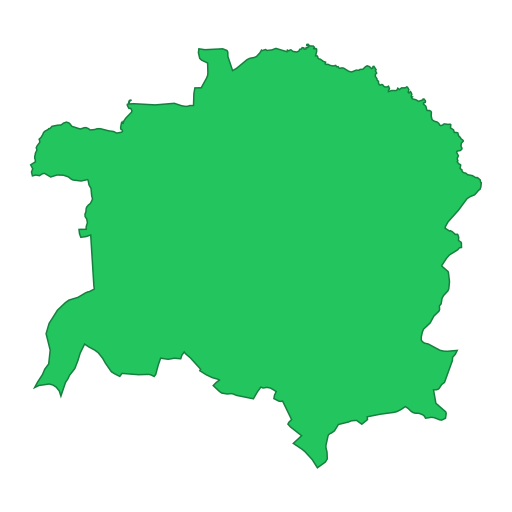 outline of Usiacurí, Atlántico, Colombia
{"feature_id": "7082276B65299122871620", "entity_name": "Usiacurí", "entity_type": "district", "adm_level": 2, "iso_a3": "COL", "parent_name": "Colombia", "parent_adm1": "Atlántico", "projection": "orthographic", "projection_center": [-74.979, 10.736], "detail": "fine", "context": "isolated", "style": "filled", "palette": "green", "viewbox_px": 512, "rotation_deg": 0, "n_neighbors": 0, "source": "geoboundaries", "source_scale": "gbopen_adm2", "svg_char_len": 5885}
<svg xmlns="http://www.w3.org/2000/svg" viewBox="0 0 512 512"><path d="M261.5,50.1L259.9,52.8L256.4,56.6L254.1,57.5L249.8,58.3L247.1,59.6L236.5,68.4L232.6,70.6L227.9,56.5L227.8,52.1L227.0,50.5L222.7,48.8L205.0,49.7L198.9,48.8L198.4,52.6L199.7,58.3L201.5,60.1L207.6,63.0L207.9,72.9L207.6,75.6L206.4,78.4L201.2,87.8L194.9,87.9L193.9,93.5L193.5,105.5L189.4,105.6L188.2,106.2L185.5,106.4L181.5,105.7L174.3,103.3L155.2,104.9L133.6,103.7L128.8,104.0L129.9,100.9L131.5,100.0L129.9,100.2L129.0,101.1L128.4,103.9L127.3,104.4L127.3,105.3L128.9,108.4L130.8,108.5L131.9,110.8L131.6,112.1L125.9,118.0L124.0,120.7L123.0,123.4L122.6,123.3L122.1,122.0L121.4,123.1L120.6,128.0L121.0,129.4L121.4,129.3L122.4,130.4L122.5,131.3L121.6,132.2L116.7,133.1L113.6,131.5L109.0,130.9L100.4,128.7L97.3,128.7L94.8,129.5L90.2,130.0L88.2,128.5L86.0,127.6L84.3,127.7L80.3,129.0L71.8,126.3L70.2,124.1L68.9,122.9L66.4,122.1L63.5,123.1L61.1,125.0L57.5,125.2L52.0,126.3L49.9,128.6L48.8,128.6L48.1,129.5L44.9,131.2L43.5,132.6L42.8,134.5L41.0,137.5L39.1,139.2L39.8,141.0L39.6,142.6L37.2,145.7L36.2,147.8L36.8,149.2L36.8,150.3L35.3,153.4L35.3,154.7L34.8,156.0L34.7,158.2L35.2,159.5L35.4,161.8L30.7,164.8L32.7,168.8L31.5,172.0L32.4,175.9L35.9,175.0L39.4,175.7L42.5,173.7L44.6,173.4L50.7,177.0L57.0,175.0L63.4,175.2L68.4,176.9L71.0,179.0L73.0,180.0L81.2,181.0L87.5,179.6L88.1,180.3L89.0,184.9L91.0,188.4L91.7,195.9L92.5,198.9L91.5,201.4L90.2,203.6L88.3,205.1L86.7,207.1L86.2,208.4L85.9,212.0L85.0,214.0L85.1,216.5L86.8,219.2L87.4,222.9L86.2,226.6L86.2,229.3L79.0,229.4L79.5,233.7L80.8,237.3L86.0,236.6L90.7,235.0L93.9,286.3L94.3,288.4L94.2,289.1L89.0,291.8L88.0,291.8L85.3,293.0L77.9,297.4L68.9,300.1L65.3,302.7L57.5,310.1L49.1,323.4L46.1,333.7L50.2,350.2L48.7,363.9L44.8,369.1L42.4,374.7L37.7,381.9L34.6,387.6L38.9,385.5L49.2,384.0L52.9,385.0L56.2,387.1L59.3,391.0L60.9,396.1L65.5,382.5L67.9,378.8L69.6,375.2L74.8,368.6L78.0,360.3L80.1,353.3L84.6,344.1L89.1,347.1L94.9,350.2L98.3,352.8L102.8,358.5L105.5,363.3L111.4,371.8L115.0,374.0L119.8,376.4L122.0,373.4L138.4,374.7L148.7,374.4L150.8,374.8L154.2,376.5L155.7,374.5L158.2,365.2L160.6,358.2L168.3,359.3L174.4,358.2L180.7,358.8L181.9,355.2L184.2,352.0L185.6,353.8L190.3,357.8L200.6,369.2L199.8,370.7L206.3,374.8L212.2,377.6L217.5,379.1L219.4,380.1L216.3,382.4L213.2,385.6L219.6,391.6L221.8,393.1L227.3,394.0L231.0,393.6L232.9,393.9L236.6,395.4L253.4,398.8L257.5,391.7L260.9,387.1L262.9,388.0L267.1,387.4L270.6,388.1L276.2,391.5L274.5,395.2L273.9,398.6L279.0,401.2L280.5,401.4L282.6,401.1L291.6,419.6L289.0,422.1L287.9,424.1L290.5,427.0L301.6,435.7L293.3,443.4L302.0,449.2L305.0,451.7L312.3,459.7L317.4,467.8L325.3,462.1L327.3,458.9L327.0,452.0L326.0,447.8L325.9,445.6L328.0,436.0L328.6,434.7L329.8,433.7L331.7,432.9L334.5,430.8L338.4,424.5L348.5,422.0L351.4,420.8L356.5,420.4L361.8,424.2L367.5,419.6L367.2,416.8L380.3,414.2L393.7,412.4L396.7,411.7L401.1,409.5L405.3,406.6L408.1,408.4L411.2,411.4L412.9,412.5L415.1,413.2L418.9,413.3L422.6,414.7L424.4,416.1L425.5,418.2L431.4,417.3L434.3,417.7L439.6,419.8L441.6,420.1L445.5,418.3L446.2,413.4L445.7,411.8L435.9,403.3L433.5,389.8L436.3,389.8L438.2,389.2L439.0,388.6L441.7,384.5L444.5,382.4L452.4,360.6L452.6,357.3L455.3,354.3L457.2,350.4L447.2,351.3L443.6,351.1L440.0,350.3L428.3,344.0L424.4,343.1L422.6,341.8L421.3,340.2L421.3,337.0L422.3,332.3L423.5,329.2L430.2,322.9L433.8,316.2L439.0,311.1L439.6,309.4L439.4,305.9L441.1,303.9L442.1,298.1L443.7,295.4L447.9,290.9L448.8,288.8L449.5,281.6L448.4,272.4L448.0,271.5L441.9,266.2L441.9,265.3L446.8,257.9L449.5,254.9L457.7,249.8L459.4,247.8L461.5,247.5L461.4,243.0L461.0,242.2L458.5,240.4L458.7,237.2L457.8,234.7L457.5,234.3L455.3,234.4L452.3,231.7L450.4,230.7L449.7,231.1L445.1,228.2L445.5,226.4L448.1,221.8L458.5,210.2L467.0,198.7L470.0,196.7L474.7,194.8L478.6,190.3L480.1,189.2L480.9,186.7L481.3,182.7L480.6,182.1L480.2,179.9L477.5,177.6L475.4,177.5L472.4,175.6L467.6,174.7L465.7,173.1L463.9,172.8L462.2,171.6L461.9,169.8L460.1,168.5L460.7,165.1L460.4,164.6L458.7,163.8L457.2,161.7L457.9,160.8L457.3,159.2L457.3,158.2L458.4,155.8L456.6,152.3L456.7,151.7L457.5,151.0L460.2,150.6L461.7,149.3L462.0,148.2L461.0,146.4L461.3,143.3L463.3,141.1L463.1,140.4L461.0,138.7L460.2,137.3L458.6,135.8L457.8,132.9L456.1,132.4L454.3,132.5L453.5,129.8L450.5,127.9L450.8,124.7L450.2,124.2L447.9,124.4L444.6,123.9L443.7,124.1L442.6,125.1L440.7,125.6L439.9,125.3L438.8,123.4L437.1,122.0L434.1,121.1L432.1,119.7L431.2,115.9L431.4,112.6L431.0,111.4L429.5,110.5L427.3,110.5L426.8,110.0L425.9,106.3L423.5,104.1L423.5,103.0L425.3,102.4L425.5,101.1L425.2,100.4L424.2,99.6L424.0,99.0L423.1,99.0L422.8,99.9L418.6,101.3L415.8,99.7L412.2,98.8L411.6,97.7L412.4,96.9L411.3,96.5L411.8,94.2L411.1,92.5L410.5,91.6L409.0,93.0L408.2,92.3L408.9,89.6L407.4,87.1L406.5,86.9L405.6,87.8L401.5,87.9L399.3,89.6L397.8,88.2L396.9,90.1L396.1,90.6L391.7,90.5L388.5,91.6L388.5,90.4L389.5,88.7L388.5,86.2L386.9,87.0L384.9,86.9L383.6,86.1L382.6,84.7L381.7,84.5L380.2,85.1L379.3,84.7L378.5,83.1L378.5,81.4L377.0,79.9L376.9,78.6L375.3,76.3L375.4,74.3L376.6,73.3L376.6,72.9L375.4,70.9L376.1,69.7L373.9,66.3L373.0,66.5L372.7,68.0L371.7,68.6L369.4,66.6L367.2,65.8L365.5,66.7L362.8,69.3L360.1,69.4L358.9,70.3L356.3,70.1L351.8,71.9L350.9,71.9L348.6,71.2L343.6,68.1L341.9,67.9L339.8,68.3L339.0,68.0L338.1,66.6L336.7,66.8L335.7,65.4L333.2,66.0L330.2,65.4L327.9,64.3L326.2,64.4L325.1,63.7L325.6,62.2L323.2,61.3L320.4,59.2L318.8,58.9L317.9,57.9L317.6,56.4L317.1,55.9L315.6,55.8L316.7,51.3L316.6,49.1L316.2,48.7L314.0,48.9L313.7,48.4L314.5,47.9L314.5,47.4L313.3,46.1L309.7,45.9L308.0,44.2L306.8,44.5L306.8,45.4L308.2,45.8L308.5,46.9L307.8,47.5L306.1,47.6L306.0,48.9L304.7,49.2L304.0,48.9L303.9,47.9L302.2,47.6L301.2,49.1L299.7,49.3L298.9,51.1L296.6,52.0L292.9,51.4L291.0,49.9L290.2,49.9L288.8,50.9L287.4,50.1L287.0,51.7L275.9,48.4L271.9,49.9L266.8,50.5L265.7,49.5L262.2,50.6L261.5,50.1Z" fill="#22c55e" stroke="#15803d" stroke-width="1.5"/></svg>